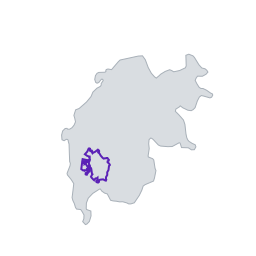 where Fribourg sits in Switzerland, rotated 317°
{"feature_id": "CHE-3421", "entity_name": "Fribourg", "entity_type": "Canton", "adm_level": 1, "iso_a3": "CHE", "parent_name": "Switzerland", "parent_adm1": "", "projection": "albers", "projection_center": [7.007, 46.724], "detail": "medium", "context": "in_parent", "style": "outline", "palette": "violet", "viewbox_px": 256, "rotation_deg": 317, "n_neighbors": 0, "source": "natural_earth", "source_scale": "10m", "svg_char_len": 3984}
<svg xmlns="http://www.w3.org/2000/svg" viewBox="0 0 256 256"><g transform="rotate(317 128 128)"><path d="M183.4,81.7L184.7,82.5L187.8,85.1L187.2,89.9L184.0,97.6L182.4,103.9L182.3,108.6L182.7,110.8L183.4,110.8L186.7,111.0L188.4,110.9L193.8,112.0L198.2,113.8L199.1,115.7L199.8,118.1L205.0,121.2L211.0,123.1L212.9,122.3L219.9,114.3L222.8,115.5L224.7,119.5L224.7,121.7L223.0,130.0L222.9,134.4L224.7,137.2L225.0,139.5L224.6,141.6L221.7,141.9L217.7,140.9L214.2,137.5L211.7,138.0L209.6,139.0L208.6,142.4L207.8,146.5L208.2,148.7L209.8,150.3L211.2,153.9L212.2,158.6L213.0,160.8L212.3,161.8L210.2,162.5L208.5,161.9L205.2,156.4L203.8,154.3L201.4,154.0L197.2,155.5L190.9,158.9L188.2,159.0L186.0,158.4L183.9,155.8L181.9,150.7L181.3,147.4L180.0,147.6L175.9,146.8L174.0,148.1L174.2,153.4L174.0,160.0L172.0,164.3L166.4,171.8L164.4,175.1L163.6,177.4L163.5,179.4L164.4,182.9L165.7,186.1L164.8,188.1L161.7,189.1L159.5,187.2L158.6,183.6L153.8,178.8L155.8,174.7L155.4,173.7L147.7,171.7L144.3,168.7L139.5,163.4L138.6,161.1L138.6,153.5L138.3,151.7L137.7,150.8L135.4,150.9L132.4,153.6L129.5,157.5L123.7,162.1L123.1,163.0L125.1,167.3L125.0,169.0L120.3,175.9L119.4,178.2L113.3,182.6L110.5,184.2L101.9,181.1L99.5,180.8L95.7,182.9L90.3,185.0L81.6,187.0L78.4,185.5L76.8,184.1L76.1,182.1L73.9,178.4L71.4,176.2L69.7,173.8L67.4,171.2L66.0,169.0L67.9,162.1L66.5,159.7L65.8,156.2L66.2,153.8L65.4,153.2L57.6,151.8L51.1,152.2L46.4,154.5L42.6,158.3L42.1,159.2L42.4,159.9L44.2,163.4L41.0,167.1L36.0,170.0L32.5,170.2L31.0,169.6L31.0,165.6L33.9,164.2L36.5,161.6L37.4,158.0L37.8,155.4L35.1,152.2L35.4,150.3L37.2,146.7L38.2,143.5L39.6,140.8L45.0,136.3L50.4,131.7L51.3,126.9L51.7,121.0L52.5,119.6L59.8,116.1L61.6,114.7L62.5,112.7L68.2,106.1L73.9,99.6L75.0,97.4L75.9,96.1L75.9,95.0L75.2,94.2L72.6,93.7L71.7,91.6L74.6,87.9L78.2,85.6L81.7,85.5L83.1,86.6L83.1,87.8L84.6,89.1L87.3,89.6L90.6,89.1L93.8,87.7L95.8,84.4L97.0,81.9L102.1,79.0L105.6,80.4L115.4,80.7L122.4,79.8L126.8,77.8L132.4,77.7L136.1,78.7L136.7,78.6L137.7,78.3L138.7,77.2L142.2,76.4L142.6,75.6L142.5,74.7L141.8,74.2L137.6,74.8L135.9,74.1L135.5,72.5L136.8,69.8L139.9,67.5L142.6,66.9L144.5,67.4L149.2,71.5L150.4,71.6L151.0,70.8L152.0,70.4L153.6,71.2L155.5,73.7L155.8,74.1L166.2,72.9L168.6,72.9L175.8,77.2L183.4,81.7Z" fill="#d9dde1" stroke="#a8b0b8" stroke-width="1"/><path d="M85.2,116.2L85.7,116.4L85.8,116.9L86.1,117.3L85.5,118.1L84.7,118.7L85.0,119.5L85.2,120.9L84.8,122.3L85.6,122.3L87.8,123.0L91.2,123.3L91.4,124.7L91.2,125.2L90.6,125.7L89.8,125.2L89.5,125.5L89.7,126.6L89.7,127.5L89.2,129.6L89.1,132.3L89.2,133.2L89.4,133.9L90.5,134.4L91.2,135.2L91.7,135.2L92.5,135.9L92.2,137.9L92.3,138.1L91.7,138.7L90.4,138.4L89.7,139.1L89.9,141.0L89.7,142.4L89.5,142.7L88.2,142.8L85.1,145.4L82.6,146.2L80.8,148.2L78.5,148.9L77.3,150.0L76.9,151.0L75.9,151.4L75.4,150.5L74.8,148.6L72.4,146.8L71.3,146.5L70.0,147.6L68.9,147.5L68.4,146.8L68.1,146.0L68.5,145.2L69.5,145.2L70.1,145.6L71.8,143.6L71.0,143.6L69.8,142.7L68.7,142.9L68.1,142.6L67.6,142.9L67.5,141.7L67.5,139.3L67.7,138.4L68.2,138.3L68.9,137.9L70.4,137.6L70.3,137.3L70.6,136.7L73.3,132.8L73.5,132.2L72.6,131.9L72.5,131.5L73.3,131.2L74.6,129.3L74.5,128.5L74.8,127.8L75.8,126.7L76.0,126.2L75.7,126.2L75.4,125.9L75.3,125.0L75.5,124.5L75.2,123.9L74.8,124.0L74.5,124.5L71.9,121.1L73.6,119.8L76.5,124.0L77.0,124.2L77.6,125.1L77.7,125.7L78.5,125.3L78.8,124.9L79.6,123.0L80.0,123.3L80.5,122.7L80.0,122.2L79.1,120.4L78.6,117.8L82.1,117.5L85.2,116.2ZM70.5,122.3L72.6,124.5L72.3,124.3L71.6,124.8L72.3,125.0L72.9,125.5L72.3,126.8L72.1,128.5L72.6,128.6L72.9,128.7L72.4,129.9L71.8,130.2L71.0,130.2L70.2,129.8L68.8,130.3L67.0,129.6L67.2,129.0L66.2,128.3L65.8,126.2L70.5,122.3ZM69.9,130.7L70.2,131.3L70.9,131.6L71.1,132.1L70.6,133.2L70.0,133.6L68.7,133.0L67.9,133.6L67.3,133.7L67.2,133.4L68.3,132.7L69.9,130.7ZM66.4,132.1L67.0,132.3L66.9,133.3L66.1,134.1L65.9,134.0L65.4,133.1L65.5,132.8L65.8,132.8L66.4,132.1ZM86.1,120.1L86.1,120.3L85.9,120.6L85.6,120.6L85.5,120.3L86.1,120.1Z" fill="none" stroke="#5b21b6" stroke-width="2"/></g></svg>